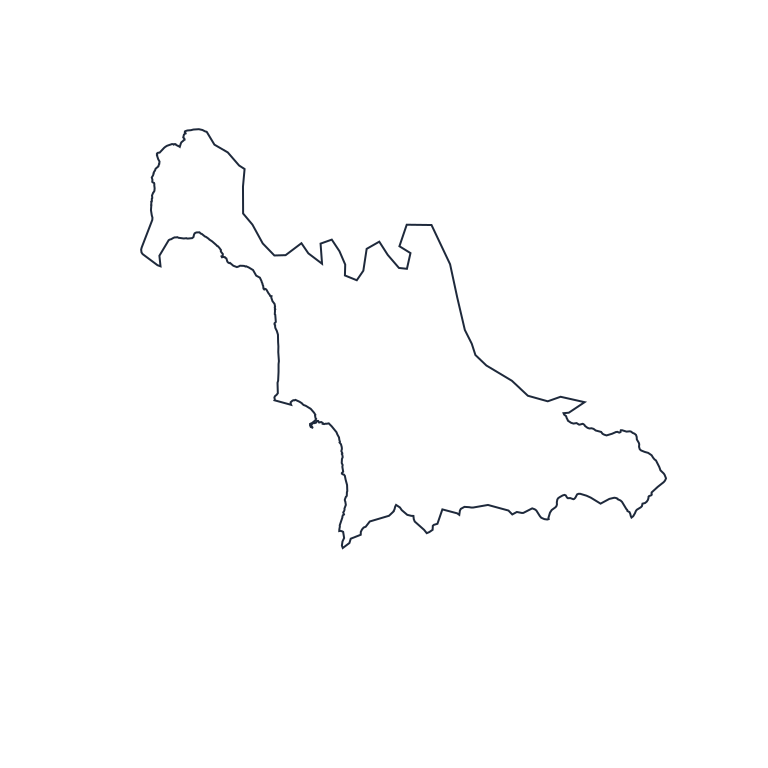 Sekondi Takoradi Metropolis, Western, Ghana, rotated 112°
{"feature_id": "2480657B3368374944964", "entity_name": "Sekondi Takoradi Metropolis", "entity_type": "district", "adm_level": 2, "iso_a3": "GHA", "parent_name": "Ghana", "parent_adm1": "Western", "projection": "robinson", "projection_center": [-1.732, 4.961], "detail": "fine", "context": "isolated", "style": "outline", "palette": "slate", "viewbox_px": 768, "rotation_deg": 112, "n_neighbors": 0, "source": "geoboundaries", "source_scale": "gbopen_adm2", "svg_char_len": 6144}
<svg xmlns="http://www.w3.org/2000/svg" viewBox="0 0 768 768"><g transform="rotate(112 384 384)"><path d="M415.1,104.5L413.2,103.4L409.7,102.9L407.4,102.9L405.9,102.5L402.1,99.7L400.7,99.1L398.1,99.5L396.6,97.4L394.6,96.3L392.5,95.9L390.5,96.1L389.5,96.5L388.7,96.3L386.9,94.4L386.0,94.4L385.0,95.1L384.2,95.2L376.9,91.7L370.2,87.9L368.4,87.3L367.0,87.2L365.8,87.2L363.0,89.9L362.2,91.1L360.5,95.3L357.9,97.6L353.0,103.2L352.6,104.9L351.5,106.9L349.8,109.2L348.9,113.3L349.3,116.8L349.3,120.7L348.7,122.4L346.7,124.0L344.2,124.8L343.0,125.8L340.7,128.8L338.4,129.9L336.8,131.3L336.2,133.2L336.2,135.0L335.6,137.2L335.8,138.4L337.3,141.3L337.7,146.0L338.2,147.1L340.0,146.7L340.9,147.6L341.0,148.4L340.9,149.6L341.6,150.9L344.6,153.8L348.3,158.4L348.5,160.8L348.3,162.7L347.1,164.7L347.8,170.3L347.1,172.9L347.3,175.0L348.3,176.9L348.4,178.9L347.6,181.9L346.9,182.8L346.5,184.1L346.5,184.9L348.4,187.4L348.6,188.1L348.1,190.8L349.7,193.5L349.9,196.0L349.1,199.8L348.3,200.4L347.3,201.7L345.6,203.1L344.9,205.5L343.8,206.6L341.4,201.9L325.7,191.2L329.7,215.5L338.7,225.7L341.0,246.2L333.1,266.6L328.5,296.0L322.9,310.1L313.8,317.7L303.6,329.3L276.5,348.4L248.2,367.6L218.8,399.5L227.8,422.6L250.5,421.3L252.7,408.5L268.6,405.9L270.8,413.6L262.9,428.9L253.8,441.7L265.2,450.7L286.7,445.6L298.0,448.1L298.0,460.9L287.8,464.7L277.6,475.0L269.7,486.5L277.6,495.4L295.7,486.5L291.2,503.1L284.4,513.3L301.4,523.5L305.9,533.8L299.1,549.1L285.5,565.7L278.7,578.5L253.8,588.7L236.9,593.8L235.7,600.2L227.8,615.6L225.6,630.9L216.7,642.7L216.6,643.1L216.8,644.3L216.5,647.5L217.1,651.1L219.5,656.1L221.0,658.1L222.6,661.3L223.7,662.6L224.4,663.2L225.4,662.9L225.6,662.1L226.0,661.8L226.4,662.3L227.7,662.9L230.6,662.5L231.3,661.0L232.2,660.4L233.0,661.1L233.4,661.1L235.8,662.4L236.9,662.5L240.6,662.2L240.4,662.9L240.5,663.6L240.3,664.1L240.4,664.4L240.2,666.3L239.7,667.1L240.1,668.2L240.8,668.6L240.6,669.3L241.0,670.5L244.4,674.4L245.9,675.5L247.3,676.3L253.5,678.7L254.3,680.2L255.0,680.7L255.6,680.8L256.5,680.1L256.9,680.3L260.2,677.5L261.8,675.5L263.5,675.0L263.9,675.1L264.2,674.8L266.1,674.9L266.7,674.7L269.9,676.4L272.1,676.3L272.8,676.6L274.9,676.7L275.1,676.4L277.2,676.3L279.5,676.7L281.4,675.2L283.4,674.6L283.7,673.8L283.7,672.6L284.5,671.9L286.1,671.3L288.4,670.0L291.0,669.2L292.3,669.5L292.7,669.4L293.1,669.7L296.2,669.7L297.7,668.8L298.7,668.5L299.0,668.7L300.8,668.1L301.1,667.8L301.8,667.7L302.1,668.0L302.4,667.7L303.1,667.7L305.3,666.7L305.5,666.9L306.1,666.5L310.1,665.2L314.6,662.5L316.5,661.0L318.7,660.3L348.3,659.8L350.4,659.5L352.9,658.1L354.0,656.4L358.7,638.5L358.6,635.3L349.2,640.3L331.3,637.5L330.2,636.6L329.6,635.7L327.3,633.9L326.4,632.9L326.0,631.7L325.3,630.7L325.4,629.3L324.1,624.2L322.8,621.7L322.9,621.1L322.3,619.7L320.6,616.5L319.1,615.7L316.8,616.1L315.2,616.0L313.8,614.8L312.5,611.9L313.2,610.3L313.1,609.2L314.3,605.3L314.3,604.0L315.0,601.1L315.5,600.0L316.1,596.9L318.0,591.4L318.5,590.6L318.4,589.9L319.3,587.9L320.9,585.3L321.8,585.2L322.4,584.7L323.9,582.1L325.5,581.6L326.5,582.5L327.2,581.7L326.3,580.4L326.0,579.0L326.4,578.6L326.6,577.2L329.2,575.1L329.8,573.9L329.9,572.7L329.4,572.2L330.8,568.0L330.7,564.2L329.5,562.8L328.3,561.8L327.6,560.0L326.9,557.9L327.0,556.5L326.5,556.0L326.6,553.1L327.4,548.1L331.4,543.1L331.9,538.9L334.6,536.0L335.5,535.4L336.3,534.4L337.5,533.7L338.1,532.9L340.7,531.5L341.2,530.5L340.4,530.1L340.3,529.2L340.7,528.2L343.3,524.9L343.9,523.7L345.0,522.5L344.7,521.2L346.1,520.9L349.0,518.4L350.7,515.5L353.0,514.0L353.7,514.1L354.5,513.4L355.0,513.4L355.5,512.8L356.1,513.0L356.9,512.5L360.2,511.4L360.5,510.8L366.9,507.6L367.6,507.7L368.5,508.2L369.3,508.1L370.0,507.6L370.2,507.0L371.7,506.4L372.9,505.6L374.9,503.3L378.0,500.8L385.0,497.8L388.7,496.0L394.0,494.0L402.2,490.0L405.1,489.2L412.3,486.3L420.6,483.4L422.7,483.2L432.3,479.0L434.2,479.5L436.1,480.5L437.5,480.6L439.7,479.2L440.1,479.3L438.1,462.3L437.1,463.2L435.9,463.7L433.9,462.7L433.0,462.0L432.8,461.1L431.9,460.2L432.1,455.7L432.6,453.0L433.2,451.9L433.6,450.5L433.5,448.5L434.5,442.6L436.8,438.1L438.3,436.1L438.9,436.2L441.2,434.8L441.7,433.9L443.5,434.1L447.0,436.0L448.7,437.6L450.0,437.1L451.3,435.8L451.3,434.1L451.0,434.1L449.7,436.2L446.9,435.3L446.3,433.8L445.4,432.6L443.2,432.0L442.9,431.2L444.0,429.7L442.8,428.0L443.0,426.3L443.9,426.0L443.6,424.5L442.8,423.5L442.3,422.2L441.2,420.5L442.8,416.7L446.5,410.0L448.2,408.4L450.4,405.7L452.5,404.5L454.1,403.2L454.9,403.3L456.0,401.3L458.4,399.5L460.0,398.7L462.2,398.4L463.8,396.7L464.7,396.9L465.3,396.1L467.3,394.9L469.3,394.9L473.1,393.6L474.6,392.0L476.4,391.6L480.6,389.0L482.3,389.7L482.9,389.5L483.2,388.3L483.0,387.3L483.8,385.9L487.0,383.8L491.5,380.4L497.1,377.9L498.1,377.9L501.4,376.7L502.3,376.7L502.9,377.1L505.9,377.0L506.9,376.5L507.4,375.9L510.4,374.1L514.3,374.0L515.3,373.5L516.8,373.4L518.3,373.7L520.0,372.2L521.1,373.0L522.5,372.9L523.3,372.6L531.6,372.1L532.8,371.5L535.4,371.0L537.1,370.4L536.5,369.5L536.3,367.7L536.4,366.5L541.7,363.3L545.6,363.5L549.6,362.5L551.5,360.8L544.4,356.5L539.9,356.9L532.5,349.1L529.8,350.1L527.1,349.9L524.7,349.1L523.2,347.5L516.8,345.7L504.3,330.0L498.4,327.3L498.2,327.5L496.4,327.3L493.5,327.7L491.6,327.5L492.5,323.0L494.3,320.3L496.6,313.4L496.0,309.3L495.3,307.3L498.1,305.8L500.0,304.0L504.2,292.2L506.3,288.5L504.3,286.5L501.0,284.3L497.2,285.6L495.9,285.0L493.6,282.1L478.4,282.9L476.5,267.7L477.1,265.2L473.0,266.2L471.0,266.0L467.8,263.4L466.3,258.9L465.9,257.0L465.1,255.0L457.2,242.3L454.7,221.2L456.9,216.2L452.9,212.9L451.9,207.8L451.3,206.5L443.8,200.0L443.7,197.3L444.2,195.4L448.1,190.0L449.1,188.1L449.2,184.7L448.5,181.9L447.6,180.7L446.5,181.4L441.1,181.9L438.0,181.3L434.0,178.8L432.6,178.4L431.0,178.5L428.8,179.5L426.2,180.0L424.8,179.8L423.3,178.9L420.4,176.6L419.2,175.1L419.2,173.8L420.7,171.8L421.0,170.7L420.0,168.6L419.9,165.3L419.3,164.6L417.8,164.0L414.0,163.6L412.9,162.5L412.3,161.0L411.7,154.4L411.9,149.7L413.8,138.4L406.1,132.0L403.2,127.9L402.8,126.3L402.8,124.6L403.3,124.2L403.4,121.1L404.1,119.2L409.2,112.4L409.6,111.4L410.6,110.7L410.8,108.4L412.3,106.9L413.9,105.8L415.1,104.5Z" fill="none" stroke="#1e293b" stroke-width="2"/></g></svg>